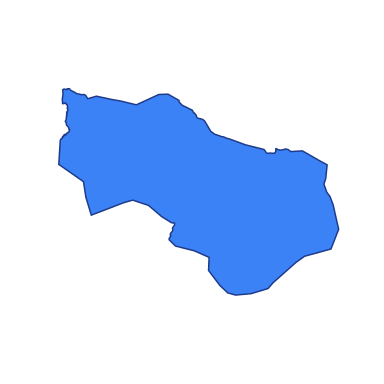 Ix-Uul, Dzavhan, Mongolia (Mercator projection), rotated 285°
{"feature_id": "93677404B29034129696638", "entity_name": "Ix-Uul", "entity_type": "district", "adm_level": 2, "iso_a3": "MNG", "parent_name": "Mongolia", "parent_adm1": "Dzavhan", "projection": "mercator", "projection_center": [98.879, 48.691], "detail": "fine", "context": "isolated", "style": "filled", "palette": "blue", "viewbox_px": 384, "rotation_deg": 285, "n_neighbors": 0, "source": "geoboundaries", "source_scale": "gbopen_adm2", "svg_char_len": 4667}
<svg xmlns="http://www.w3.org/2000/svg" viewBox="0 0 384 384"><g transform="rotate(285 192 192)"><path d="M257.0,40.9L252.6,42.2L248.6,42.6L247.4,42.9L245.9,43.5L244.1,44.0L243.9,44.2L243.8,44.3L243.9,44.5L244.2,44.7L244.3,44.8L244.3,45.1L244.5,45.3L244.6,45.6L244.6,45.9L244.6,46.0L244.8,46.2L245.0,46.3L245.2,46.6L245.2,46.8L245.1,47.0L244.5,47.5L244.4,47.6L244.5,47.8L244.4,48.0L244.2,48.2L244.2,48.3L244.2,48.5L243.6,49.0L243.3,49.1L243.1,49.1L242.9,49.3L242.7,49.5L242.4,49.6L242.2,49.8L241.8,49.9L241.7,49.9L241.3,49.8L241.1,49.8L240.9,50.1L240.7,50.1L240.5,49.9L240.3,49.9L240.2,50.0L240.2,50.3L239.9,50.5L239.7,50.5L239.3,50.7L239.1,50.8L238.9,50.8L238.7,50.8L238.4,50.7L237.9,50.9L237.7,50.8L237.7,50.7L237.3,50.7L236.8,50.4L236.7,50.3L236.5,50.6L236.3,50.8L236.2,50.8L235.9,50.9L235.8,50.7L235.7,50.6L235.4,50.7L235.2,51.0L234.9,51.1L234.7,51.0L234.4,50.8L234.1,50.9L233.4,51.0L233.2,51.3L233.0,51.5L232.9,51.6L232.7,51.6L232.2,51.2L231.9,51.2L231.7,51.3L231.3,51.4L230.6,51.4L230.3,51.5L230.0,51.7L229.9,51.7L229.7,51.7L229.4,51.7L228.9,51.7L228.5,51.6L228.2,51.5L227.9,51.4L227.7,51.3L227.4,51.4L227.0,51.7L226.9,51.9L226.7,52.1L226.5,52.5L226.3,52.7L226.0,52.8L225.8,52.8L225.6,52.9L225.4,53.0L224.7,53.1L224.3,53.5L223.9,53.9L223.7,54.2L223.5,54.6L223.3,54.8L223.1,55.1L223.0,55.4L222.5,55.9L222.3,56.0L222.2,56.2L221.9,56.5L221.6,56.5L221.3,56.5L221.1,56.7L220.9,57.1L220.8,57.3L220.6,57.5L220.3,57.4L220.3,57.5L220.1,57.5L219.9,57.5L219.6,57.6L219.1,57.7L218.9,57.7L218.7,57.7L218.2,57.5L217.9,57.3L217.7,57.2L217.4,56.8L217.1,56.6L216.9,56.4L216.6,56.1L216.4,55.9L216.2,55.9L216.1,55.7L215.9,55.6L215.6,55.7L215.3,55.6L215.2,55.4L214.9,55.6L214.7,55.5L214.7,55.4L214.7,55.2L214.4,54.9L214.4,54.7L214.5,54.6L214.5,54.1L214.4,54.1L214.2,54.3L214.0,54.1L213.9,53.9L213.7,54.2L213.5,53.9L213.4,53.7L213.2,53.8L213.1,53.7L212.8,53.5L212.8,53.4L212.7,53.2L212.4,53.0L212.4,53.3L212.2,53.4L212.0,53.1L212.0,52.9L211.8,52.9L211.7,52.9L211.4,52.8L211.1,52.9L210.9,52.9L210.6,52.6L210.3,52.6L210.2,52.4L209.5,51.8L209.3,51.8L209.1,51.7L208.7,51.7L208.4,51.5L208.0,51.5L207.7,51.4L184.1,56.2L184.1,56.4L173.9,84.5L159.4,90.9L143.6,100.7L164.0,128.8L168.8,136.8L167.8,153.4L160.3,169.3L157.0,180.1L157.4,183.2L156.5,183.5L156.0,183.6L155.7,183.6L155.3,183.5L154.4,183.3L153.7,183.0L153.3,182.8L153.0,182.8L152.6,182.7L152.1,182.6L151.8,182.6L151.4,182.7L150.7,183.2L150.5,183.4L150.3,183.4L150.0,183.3L149.6,183.3L148.9,183.1L148.5,182.9L148.1,182.7L147.8,182.7L147.5,182.5L147.2,182.3L146.9,182.1L146.6,182.0L146.2,182.0L145.9,182.1L145.3,182.1L145.0,182.1L144.8,182.1L144.4,182.5L144.2,182.9L144.0,183.0L143.7,183.0L143.6,182.9L143.3,182.8L142.5,182.3L142.2,182.2L141.3,182.0L140.8,182.0L140.4,182.1L140.2,182.2L139.9,182.4L139.7,182.6L139.5,183.0L135.5,190.1L135.8,209.2L133.3,225.4L120.5,228.3L109.0,243.0L103.8,252.6L103.7,260.7L109.1,275.4L118.4,290.4L125.5,293.9L151.0,310.7L159.1,317.4L172.9,341.0L194.0,343.3L207.8,336.0L216.1,331.7L223.3,326.5L226.6,322.3L233.7,317.4L239.6,317.7L253.2,315.5L255.3,306.8L260.3,288.0L256.6,276.9L257.2,275.5L257.9,273.9L257.8,272.6L257.8,271.2L256.9,269.8L255.9,267.9L255.3,266.5L255.2,264.4L255.5,262.8L255.7,262.0L255.3,261.7L254.2,262.1L253.0,262.4L251.9,262.2L250.8,261.6L250.3,260.1L250.0,258.0L249.5,256.4L248.9,255.1L248.9,254.3L249.4,253.4L251.7,250.6L251.4,231.2L253.0,213.9L252.8,211.4L253.1,210.9L253.1,210.2L253.4,208.5L253.3,207.4L253.3,206.5L253.1,205.7L253.4,204.4L253.5,203.0L253.5,201.4L253.6,200.6L253.6,199.9L253.7,199.4L253.7,198.8L254.3,197.4L254.8,196.2L255.3,194.6L263.7,186.0L264.8,183.8L265.0,181.3L264.8,179.2L264.9,177.9L265.7,177.0L267.0,176.4L268.4,174.6L269.3,172.9L269.8,172.1L270.5,171.7L271.0,171.3L271.3,170.3L271.7,167.7L272.4,164.7L272.9,161.7L273.4,159.9L274.6,157.9L275.6,156.3L277.1,155.7L280.3,143.5L277.6,134.7L261.8,115.7L261.4,99.5L260.6,90.2L259.8,74.8L255.1,67.1L256.8,65.4L257.8,64.3L258.0,63.9L258.1,63.2L258.1,62.6L258.1,61.9L257.7,61.0L257.4,60.2L257.4,59.8L257.4,59.2L257.4,58.6L257.4,57.9L257.3,57.1L257.2,55.7L257.3,54.7L257.5,54.3L257.6,54.0L257.6,53.9L257.6,53.7L257.8,53.4L258.0,53.0L258.1,52.5L257.9,52.1L257.9,51.7L258.1,51.4L258.4,51.0L258.4,50.6L258.4,50.3L258.6,49.8L258.7,49.5L258.7,49.0L258.8,48.7L259.0,48.3L259.2,47.8L259.6,47.2L260.1,46.9L260.1,46.7L259.9,46.3L259.8,46.2L259.7,45.8L259.5,45.7L259.4,45.5L259.3,45.4L259.4,45.2L259.4,44.9L259.2,44.7L258.9,44.7L258.8,44.8L258.7,44.8L258.6,44.7L258.6,44.4L258.6,44.1L258.7,43.9L258.5,43.6L258.4,43.6L258.4,43.4L258.4,43.1L258.4,42.6L258.4,42.4L258.4,42.2L258.2,41.9L258.1,41.6L258.1,41.4L257.8,41.1L257.6,40.8L257.5,40.7L257.2,40.7L257.0,40.9Z" fill="#3b82f6" stroke="#1e3a8a" stroke-width="1.5"/></g></svg>